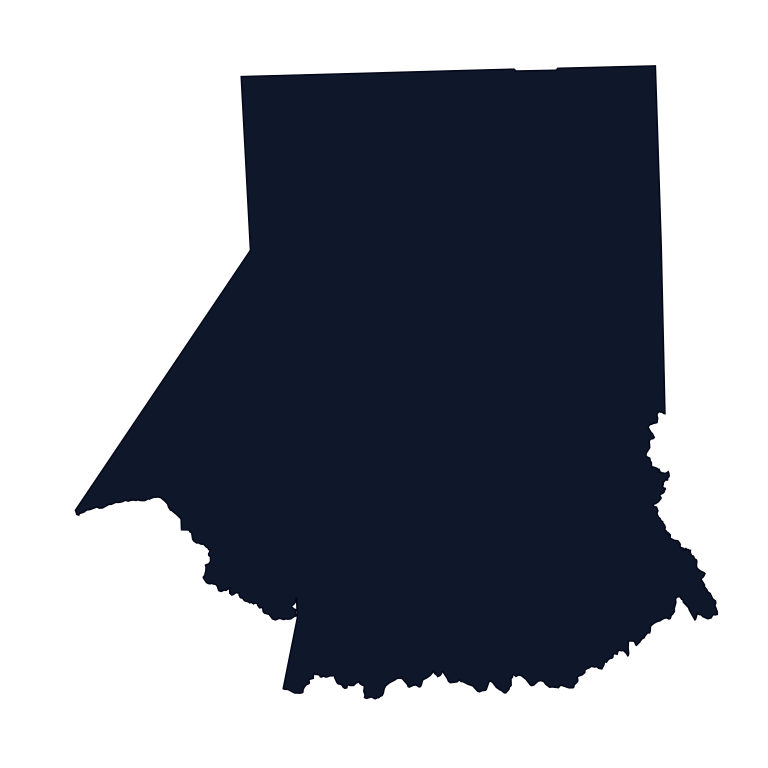 the district of Lago Argentino, Santa Cruz, Argentina, rotated 266°
{"feature_id": "61730980B69433296380231", "entity_name": "Lago Argentino", "entity_type": "district", "adm_level": 2, "iso_a3": "ARG", "parent_name": "Argentina", "parent_adm1": "Santa Cruz", "projection": "natural_earth1", "projection_center": [-72.936, -49.654], "detail": "fine", "context": "isolated", "style": "filled", "palette": "ink", "viewbox_px": 768, "rotation_deg": 266, "n_neighbors": 0, "source": "geoboundaries", "source_scale": "gbopen_adm2", "svg_char_len": 5973}
<svg xmlns="http://www.w3.org/2000/svg" viewBox="0 0 768 768"><g transform="rotate(266 384 384)"><path d="M279.6,67.4L275.3,68.5L274.5,70.4L276.1,71.2L277.0,75.4L279.1,78.7L279.2,81.8L281.2,88.5L281.2,89.2L280.0,91.4L280.0,94.5L283.1,101.3L283.0,103.7L284.6,107.9L284.4,111.7L284.7,114.0L285.3,116.1L285.9,116.9L285.9,118.0L285.0,120.8L285.7,123.6L285.7,126.1L285.1,128.5L285.6,130.0L284.6,133.8L284.4,137.3L285.9,140.7L285.5,142.0L286.1,143.0L287.1,146.6L287.0,150.9L286.3,153.3L282.8,157.0L279.5,159.7L276.0,160.6L273.1,162.2L272.9,163.1L268.9,167.4L264.2,171.7L263.2,172.2L252.7,171.8L252.0,179.3L250.1,180.0L249.8,180.9L248.6,181.8L242.5,182.3L240.6,183.4L238.4,186.1L238.6,187.7L237.1,190.1L236.7,193.0L233.6,195.5L233.0,196.8L231.0,197.6L230.7,199.1L228.5,198.3L227.1,197.3L226.1,197.2L225.1,197.3L224.3,198.5L223.5,198.8L218.8,198.5L216.5,196.2L216.3,194.4L215.7,193.2L213.5,193.7L210.0,193.2L205.4,191.7L204.1,190.3L203.1,190.3L198.4,193.0L197.2,194.8L196.8,196.8L197.3,198.6L196.5,199.4L195.8,202.3L193.7,203.7L189.8,204.6L189.2,205.1L188.5,207.0L188.5,207.7L189.2,208.2L189.0,208.6L189.7,210.4L189.2,211.2L189.2,212.3L190.0,213.1L191.0,215.6L186.0,215.6L184.1,217.5L184.6,219.2L186.3,221.8L185.7,223.4L186.0,224.9L183.7,224.7L181.3,225.6L180.5,226.6L180.5,227.9L177.5,229.7L176.0,233.9L175.1,234.5L175.4,236.6L173.7,238.6L174.6,239.9L173.8,242.3L171.9,242.7L169.4,244.2L169.5,247.3L165.3,247.6L163.7,248.9L162.2,253.4L157.5,256.3L156.2,259.3L157.6,263.4L156.0,267.7L156.6,270.0L156.1,271.4L156.2,274.7L158.2,277.8L158.8,280.1L161.9,279.6L165.1,280.1L165.9,278.5L168.1,276.3L169.4,276.7L170.3,278.4L172.5,280.3L177.4,281.9L156.6,281.2L87.1,262.2L86.4,263.5L86.0,266.9L82.0,273.3L81.5,278.4L81.6,280.5L82.3,281.6L84.7,281.9L87.1,283.3L89.5,285.5L90.3,288.1L91.1,288.7L94.4,288.4L95.3,292.9L98.2,293.2L99.9,294.3L99.0,295.9L98.7,298.1L98.0,299.3L96.4,300.1L96.0,301.0L96.8,303.2L95.7,305.5L95.7,306.5L96.7,309.9L96.4,311.9L96.7,313.9L96.4,314.4L94.9,314.2L89.5,316.2L87.9,317.6L87.8,318.9L86.7,321.0L84.4,322.1L83.1,323.9L83.6,325.8L85.4,326.1L86.6,327.3L85.6,329.1L85.4,332.7L87.4,335.0L88.8,338.4L86.9,339.0L85.3,340.9L84.7,342.5L83.7,343.3L78.8,342.4L75.0,343.4L72.7,342.7L71.6,344.5L72.8,349.7L71.1,352.1L70.6,353.5L71.5,355.1L71.4,356.8L72.5,358.1L73.5,360.5L75.6,361.7L80.2,363.0L82.8,364.6L85.7,368.8L88.0,374.2L88.9,375.4L89.4,376.9L89.5,379.7L88.8,381.7L82.1,386.8L80.8,386.8L80.2,387.3L79.9,388.1L81.5,392.5L81.5,395.0L79.5,397.7L79.3,398.7L80.3,399.8L86.2,402.1L88.0,406.3L89.9,409.5L92.0,411.6L94.2,412.9L91.4,414.6L89.7,416.6L88.4,417.2L89.3,419.6L90.9,421.0L92.6,421.7L92.9,422.7L86.0,426.5L83.0,427.6L81.4,429.2L81.8,436.2L83.5,438.0L83.4,438.5L81.9,440.1L81.4,442.3L78.7,446.7L76.7,451.5L71.1,455.9L70.3,457.8L71.2,460.3L71.4,463.8L72.1,464.7L79.1,467.7L80.0,468.4L80.3,469.3L78.9,471.5L73.6,474.9L70.8,478.3L70.3,479.5L67.9,482.0L67.4,482.9L67.4,483.9L70.8,487.4L72.5,487.7L74.4,489.8L81.0,490.1L82.7,491.7L85.0,492.3L85.1,492.9L84.8,493.7L83.1,495.1L84.3,497.8L83.7,500.4L79.5,505.1L74.2,508.6L73.2,509.4L72.8,510.5L73.3,512.5L76.9,517.0L77.2,519.7L76.3,522.1L75.6,523.0L73.4,524.2L69.9,528.1L70.1,530.5L68.9,536.9L71.0,538.7L71.1,539.9L68.0,547.4L67.8,551.4L68.5,552.2L70.5,552.7L73.6,556.3L75.2,556.7L78.1,556.3L79.1,557.7L79.9,561.1L81.4,563.3L82.3,564.2L84.6,564.4L85.7,566.2L86.5,568.7L88.0,571.3L87.0,574.1L87.1,576.9L85.5,578.2L84.6,581.4L88.7,583.9L91.1,584.3L91.6,585.1L90.9,586.4L93.4,588.5L94.5,590.2L94.6,592.2L95.0,592.8L95.8,593.4L98.0,593.6L98.8,594.2L98.7,596.3L98.1,597.7L100.8,598.6L102.1,599.9L101.3,602.3L101.5,603.4L101.2,604.5L98.1,607.2L95.9,608.1L96.0,608.6L98.1,609.3L103.4,609.1L110.3,609.9L110.6,611.1L110.1,615.2L108.7,616.3L106.2,617.0L105.7,617.6L109.0,621.3L111.4,623.1L112.8,625.9L114.4,626.7L116.8,628.9L117.4,629.9L117.2,631.6L119.5,632.5L122.2,632.6L124.0,633.2L126.4,636.4L127.9,639.7L128.6,643.0L129.5,644.3L130.9,647.7L131.0,649.6L129.7,651.9L130.1,653.3L133.1,654.3L134.5,656.1L136.9,657.9L140.0,657.9L145.4,659.9L148.8,659.8L150.8,660.8L151.4,663.7L150.6,664.7L148.4,666.0L148.0,667.2L145.5,667.4L139.7,672.2L137.1,672.9L127.0,677.7L127.6,678.4L133.3,680.5L132.0,682.4L131.8,684.1L129.6,686.0L127.2,690.7L127.9,694.1L130.1,695.4L130.9,696.4L130.6,698.7L130.9,700.4L133.5,700.6L140.3,698.6L142.1,699.7L144.4,699.6L146.9,696.8L152.3,694.8L154.1,692.4L156.3,691.7L159.4,689.5L161.3,689.7L166.8,686.8L167.5,686.8L169.4,689.2L172.5,691.0L173.5,690.1L175.3,686.7L178.3,683.5L180.7,683.0L185.8,683.7L186.8,683.3L188.2,681.3L190.3,680.9L190.9,680.3L191.2,678.9L194.7,677.7L196.7,678.1L196.6,677.2L197.6,676.0L197.8,674.6L198.9,673.7L198.3,672.9L197.3,672.6L197.2,672.0L199.0,671.5L199.9,669.5L199.7,668.8L201.9,667.8L203.1,668.4L204.5,667.9L207.0,666.3L207.7,663.0L210.0,659.0L210.9,658.7L213.5,659.1L216.1,656.8L216.5,655.7L217.9,655.1L218.3,654.5L219.4,653.9L220.9,654.5L223.0,654.3L226.0,652.5L227.2,652.4L228.4,650.7L230.7,650.0L231.7,648.7L234.7,647.5L236.2,647.3L238.3,648.4L241.9,647.3L242.5,646.7L242.4,645.9L243.2,644.4L244.4,644.1L245.5,645.2L245.8,646.7L247.4,649.5L250.6,652.4L251.4,652.4L253.0,651.4L254.3,651.6L255.9,655.0L257.0,656.1L258.2,656.3L259.6,657.4L260.3,657.2L260.8,655.8L262.4,654.6L264.3,655.6L266.4,655.6L266.4,656.0L268.5,657.7L268.5,660.2L270.8,660.5L271.3,661.5L272.2,662.0L274.9,662.0L276.7,661.4L275.5,659.3L275.2,657.8L275.9,656.0L275.6,655.1L276.7,654.1L276.6,652.6L277.9,653.0L279.6,652.5L279.3,651.8L280.6,650.9L282.4,646.9L282.5,646.0L282.2,645.7L283.9,645.1L287.2,645.2L288.5,644.2L291.4,644.0L292.9,641.3L294.4,640.2L296.8,640.8L301.9,644.6L308.2,644.6L310.1,645.5L310.5,646.3L310.7,648.5L311.8,649.9L315.7,648.3L317.1,647.0L322.1,644.5L324.2,645.5L325.1,647.0L325.2,648.5L326.2,649.2L325.8,650.1L326.5,653.7L330.8,654.6L333.0,654.1L335.1,654.3L337.4,656.2L336.7,657.7L336.5,659.8L335.3,660.7L334.8,662.2L502.7,670.2L682.4,676.9L686.8,579.4L685.0,577.7L687.0,537.5L689.0,535.7L700.6,263.0L526.7,260.1L279.6,67.4Z" fill="#0f172a" stroke="#020617" stroke-width="1.5"/></g></svg>